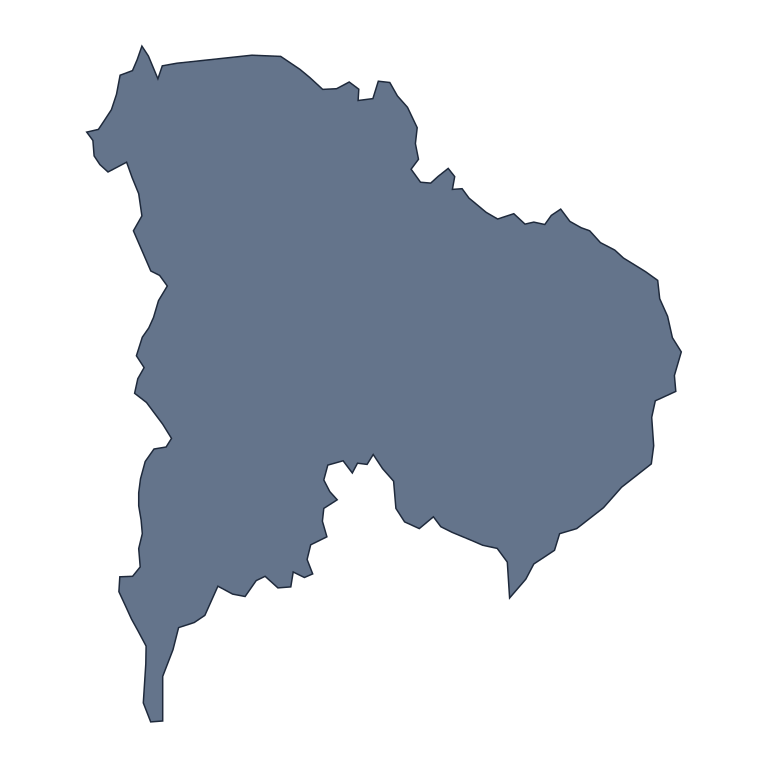 Santa Cecília do Sul, Rio Grande do Sul, Brazil
{"feature_id": "56859067B17370166314486", "entity_name": "Santa Cecília do Sul", "entity_type": "district", "adm_level": 2, "iso_a3": "BRA", "parent_name": "Brazil", "parent_adm1": "Rio Grande do Sul", "projection": "equal_earth", "projection_center": [-51.909, -28.193], "detail": "fine", "context": "isolated", "style": "filled", "palette": "slate", "viewbox_px": 768, "rotation_deg": 0, "n_neighbors": 0, "source": "geoboundaries", "source_scale": "gbopen_adm2", "svg_char_len": 2038}
<svg xmlns="http://www.w3.org/2000/svg" viewBox="0 0 768 768"><path d="M150.7,721.9L162.7,721.0L162.7,676.4L173.0,649.7L178.6,627.6L194.3,622.5L204.9,615.3L217.9,586.2L232.6,594.1L245.1,596.5L256.2,580.6L265.1,576.3L277.9,587.9L290.8,586.9L293.2,572.0L304.4,577.5L312.7,573.9L307.1,559.5L310.7,544.8L326.9,536.8L322.4,521.2L323.8,508.4L337.2,499.8L329.8,491.6L323.8,480.0L327.8,465.1L343.1,460.8L352.3,473.0L357.5,463.2L367.1,464.4L373.2,454.5L382.6,468.7L393.6,481.2L395.9,508.4L404.6,521.9L419.3,528.6L433.4,516.8L440.8,526.7L452.0,532.3L469.8,539.7L482.8,545.3L497.2,548.4L507.3,562.1L509.6,598.0L525.8,579.2L533.8,564.0L554.5,550.3L559.6,533.7L576.7,528.6L603.5,507.7L621.6,487.2L651.3,463.9L653.7,445.8L651.7,417.4L655.3,400.8L675.8,391.4L674.4,375.5L681.3,351.9L672.4,337.7L667.6,316.3L659.7,298.7L657.7,280.4L645.6,271.7L623.4,258.0L614.8,250.1L600.4,242.6L589.7,230.8L581.1,227.7L569.9,221.4L560.7,209.1L551.3,215.4L544.8,224.5L533.8,222.1L525.0,224.1L513.8,213.7L497.6,219.0L486.1,212.3L476.5,204.3L469.0,198.1L462.1,188.7L452.4,189.4L454.7,176.6L448.2,168.4L438.1,176.4L430.7,183.1L420.5,182.2L411.1,169.2L418.5,159.3L415.4,143.6L417.2,127.7L407.5,107.3L397.4,95.9L389.8,82.5L378.3,81.2L372.9,98.6L358.1,100.5L358.8,89.2L349.2,82.0L336.6,88.7L322.7,89.4L309.9,77.6L300.0,69.4L280.7,56.4L251.9,55.2L177.0,63.2L162.3,65.8L157.9,78.8L148.4,56.0L141.9,46.1L137.2,59.6L132.5,70.6L120.1,75.2L116.5,94.3L111.4,109.7L104.0,121.0L98.4,129.4L86.7,132.1L92.9,140.5L94.1,155.9L99.9,164.6L108.0,172.0L126.6,162.2L132.2,177.8L138.7,193.7L141.9,215.9L133.4,230.8L150.8,271.0L159.6,275.4L167.3,286.0L158.5,300.6L153.5,317.5L148.8,327.9L142.3,337.2L136.4,355.8L144.1,367.6L137.8,378.7L134.6,393.3L146.5,402.5L153.5,411.9L162.7,424.2L171.5,438.4L166.1,447.0L154.0,449.0L145.2,461.5L140.5,478.8L138.7,492.8L138.7,505.8L141.1,520.0L142.3,533.7L138.7,548.6L140.2,566.9L132.6,576.3L119.8,576.8L118.9,591.7L125.8,606.6L131.4,618.9L137.9,630.7L146.1,646.1L145.8,663.9L143.3,702.9L150.7,721.9Z" fill="#64748b" stroke="#1e293b" stroke-width="1.5"/></svg>